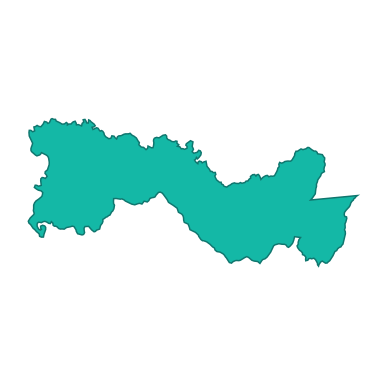 outline of Amaralina, Goiás, Brazil, rotated 357°
{"feature_id": "56859067B2639795556258", "entity_name": "Amaralina", "entity_type": "district", "adm_level": 2, "iso_a3": "BRA", "parent_name": "Brazil", "parent_adm1": "Goiás", "projection": "robinson", "projection_center": [-49.631, -13.842], "detail": "fine", "context": "isolated", "style": "filled", "palette": "teal", "viewbox_px": 384, "rotation_deg": 357, "n_neighbors": 0, "source": "geoboundaries", "source_scale": "gbopen_adm2", "svg_char_len": 6012}
<svg xmlns="http://www.w3.org/2000/svg" viewBox="0 0 384 384"><g transform="rotate(357 192 192)"><path d="M139.3,135.2L137.1,133.3L135.3,132.3L133.2,130.1L131.9,130.6L128.3,130.5L126.6,130.9L125.1,131.7L123.7,132.1L121.9,132.1L120.5,132.9L119.5,135.1L118.1,133.9L117.1,132.2L114.9,131.7L113.8,134.1L111.7,134.4L108.7,132.3L107.5,130.5L107.1,128.4L106.0,126.6L104.8,125.9L103.5,126.4L102.4,125.0L101.6,123.5L100.1,122.8L96.4,124.4L95.6,122.1L97.6,121.8L98.8,120.8L97.9,119.2L94.7,116.4L93.9,115.3L92.6,114.6L92.0,117.7L90.4,117.5L89.9,115.7L88.9,113.9L87.1,114.1L87.5,116.6L85.9,117.7L85.2,120.2L81.9,118.7L80.1,118.9L79.9,117.1L79.0,115.2L77.1,115.7L75.9,116.6L74.9,117.7L72.7,117.7L71.1,118.5L71.3,117.0L70.1,116.0L68.1,117.4L65.8,117.4L63.5,115.8L60.1,114.0L59.5,112.3L57.8,112.2L56.1,111.4L55.0,111.9L53.2,115.3L51.6,116.0L50.6,114.6L48.3,113.8L47.0,116.2L44.6,118.9L42.5,118.5L40.8,117.4L39.0,118.5L37.5,118.8L38.1,122.7L36.1,123.5L34.3,122.0L32.7,121.9L32.3,124.1L32.4,127.6L35.4,134.9L34.8,136.9L34.1,138.4L33.4,140.4L33.4,142.3L34.1,143.5L37.6,146.9L39.0,147.8L41.9,147.0L43.0,146.0L43.7,144.8L48.0,147.2L49.2,148.1L50.0,149.1L50.6,150.8L51.0,154.7L50.8,157.2L48.8,162.3L46.5,164.0L46.2,165.8L47.3,167.1L48.1,168.9L46.2,170.8L44.7,170.0L43.1,169.7L41.8,170.8L41.5,172.7L41.8,177.5L39.1,178.2L37.3,177.2L35.8,177.0L34.8,179.2L36.8,180.9L38.6,182.1L41.4,183.0L42.9,184.7L42.4,187.0L41.8,188.6L38.6,191.0L35.7,192.8L34.2,194.6L33.2,196.8L33.0,200.2L32.6,202.4L33.3,204.9L32.8,206.2L29.1,209.5L27.0,212.6L27.5,214.5L29.2,216.2L31.5,220.0L33.0,221.3L34.6,223.4L36.2,224.8L37.2,225.9L37.5,228.3L39.3,229.2L41.3,229.2L41.9,226.7L43.9,221.8L44.0,219.6L43.1,218.2L41.1,217.4L39.0,218.2L39.0,220.2L39.7,221.4L38.5,222.1L36.9,221.0L35.6,218.2L35.6,216.2L36.1,214.9L37.4,214.1L40.0,214.7L41.7,213.9L43.5,213.6L45.2,214.3L47.3,215.8L48.9,216.1L50.0,214.3L51.4,215.8L51.6,218.0L52.7,218.9L54.1,219.0L55.3,219.6L57.0,221.5L58.5,222.1L60.3,222.1L62.5,222.4L64.9,220.9L69.0,220.3L70.6,219.8L72.4,220.4L74.2,223.7L74.4,225.2L75.6,227.7L79.9,229.1L81.5,228.7L82.6,227.0L82.3,224.7L82.3,222.5L83.3,220.9L87.0,220.9L89.8,224.6L92.1,226.6L93.5,226.3L94.7,225.1L97.8,224.2L98.9,220.7L100.8,218.4L101.5,216.7L101.5,214.7L103.4,213.7L104.6,212.7L106.3,212.2L107.4,211.2L108.8,210.8L110.7,207.7L111.8,206.9L113.1,204.7L113.9,201.1L113.1,199.5L113.1,197.2L113.4,194.5L115.9,194.5L120.1,195.4L121.7,195.2L124.0,196.5L124.9,197.5L131.3,201.0L134.2,201.8L137.5,200.8L139.2,200.6L141.4,201.4L143.7,198.7L146.8,199.6L148.4,198.4L149.7,196.2L151.7,195.6L153.6,195.4L154.9,194.9L155.9,193.3L158.5,190.7L160.3,190.4L162.2,191.5L163.4,193.1L166.8,198.3L168.0,201.1L172.5,204.3L176.3,207.4L177.4,211.5L180.6,213.5L181.7,215.1L182.2,217.2L182.2,219.8L182.7,221.9L186.4,223.8L187.4,226.7L188.0,229.5L193.4,232.5L196.0,235.2L196.5,236.8L198.4,239.9L199.9,241.2L201.2,241.3L204.0,242.5L207.2,245.1L209.7,247.9L211.4,249.0L212.1,251.3L213.8,252.8L216.9,253.5L219.8,255.4L221.0,256.7L222.0,258.5L222.9,259.6L225.6,264.4L227.8,265.1L228.9,264.0L231.3,262.9L232.9,262.7L235.2,263.0L236.7,262.7L241.3,260.2L243.4,259.4L245.2,260.4L248.2,263.3L250.4,264.2L254.0,264.9L256.1,266.9L258.3,263.9L259.3,263.1L261.5,262.5L263.6,260.9L267.4,256.2L270.7,250.0L272.1,249.1L276.0,248.2L279.3,248.9L281.8,249.1L283.2,249.9L284.3,251.7L285.5,252.3L287.0,251.3L289.1,249.2L290.0,248.0L291.1,245.3L292.1,242.0L298.0,243.1L296.3,245.2L295.4,247.7L295.3,249.8L294.1,251.3L294.6,253.1L296.4,255.9L297.5,256.6L299.1,258.5L299.1,260.3L301.0,261.2L302.3,263.2L301.9,265.1L302.0,266.6L304.1,266.2L305.1,264.7L306.9,264.5L308.0,265.0L310.2,264.5L311.8,266.0L313.5,269.5L313.6,271.3L314.5,272.6L315.0,271.1L316.9,268.6L318.5,267.8L321.5,270.0L323.2,270.0L324.4,268.9L326.0,267.8L329.4,263.1L331.6,258.9L333.4,258.1L334.6,256.2L336.3,255.0L337.8,254.6L338.8,253.1L340.0,252.0L343.0,241.8L343.0,239.5L342.3,237.8L343.1,235.7L343.1,231.8L344.0,230.1L345.2,226.4L345.0,224.9L343.4,224.5L342.8,222.7L343.2,220.4L344.9,218.3L348.4,214.9L349.4,213.1L350.0,211.3L351.2,209.7L352.7,208.5L353.3,207.2L354.5,206.5L355.6,205.1L357.0,204.2L310.0,206.2L311.9,204.3L315.0,200.3L315.9,195.0L316.6,193.1L316.7,190.6L317.7,188.5L318.3,186.4L321.4,182.5L321.9,180.9L323.0,179.7L325.3,178.6L324.9,176.3L325.5,173.8L326.3,172.2L326.3,170.6L325.5,168.7L326.1,166.7L326.3,164.9L325.3,163.7L324.1,161.5L319.4,160.4L319.0,158.9L317.7,157.6L316.0,157.5L313.9,156.1L311.1,153.7L309.7,153.6L308.1,154.8L305.0,155.5L303.1,154.7L299.3,156.9L298.0,156.7L296.7,159.0L296.3,161.1L293.6,165.2L292.1,166.4L289.1,166.1L286.3,166.4L284.7,167.4L283.0,167.9L281.1,167.0L280.2,168.8L280.4,171.2L279.0,172.6L278.5,174.4L277.6,176.2L275.2,180.1L273.4,180.5L271.6,180.2L269.5,180.8L268.2,179.4L266.8,179.5L265.4,180.1L263.9,180.9L262.4,182.1L261.5,183.1L260.9,181.1L260.1,179.1L259.1,177.9L257.8,178.2L256.7,179.4L255.5,177.8L253.5,177.9L251.2,179.5L251.3,181.3L249.8,182.1L248.4,183.9L246.5,184.0L245.3,185.3L242.3,185.9L240.9,185.1L239.1,186.0L236.3,185.7L234.8,185.1L232.4,185.7L230.7,186.9L228.9,187.6L227.0,188.9L224.3,188.0L223.5,186.4L222.0,185.6L221.5,183.7L220.2,183.9L217.2,181.2L216.2,179.0L215.6,177.1L216.7,175.8L216.3,173.7L214.2,173.7L212.9,172.4L211.5,172.4L210.7,170.4L208.3,167.1L207.6,162.0L205.4,162.6L203.7,163.4L202.9,162.2L201.0,161.5L199.7,162.4L199.3,164.0L197.4,162.3L196.2,160.2L197.6,159.3L198.2,157.8L199.2,159.2L201.1,157.5L202.8,155.4L203.3,153.2L202.5,151.4L200.9,150.7L199.3,152.6L195.8,153.4L194.3,151.8L195.7,149.4L194.6,146.4L195.6,142.0L193.2,140.7L188.9,143.5L188.3,144.9L189.5,146.2L189.3,148.0L186.9,149.0L185.1,148.2L183.5,148.3L182.2,146.2L179.8,145.6L181.3,144.2L179.5,142.5L179.7,140.6L178.5,140.2L176.8,140.9L174.4,140.5L172.8,139.2L170.7,138.3L169.6,136.8L169.6,134.8L168.5,133.5L166.0,133.8L161.9,136.2L159.4,135.6L157.3,136.3L156.5,137.5L156.2,139.0L156.5,140.9L156.1,143.3L155.4,145.7L153.8,145.7L150.5,143.8L150.0,146.0L148.3,147.3L146.0,144.9L143.7,144.5L141.4,142.0L142.0,139.9L140.8,138.2L139.3,135.2Z" fill="#14b8a6" stroke="#0f766e" stroke-width="1.5"/></g></svg>